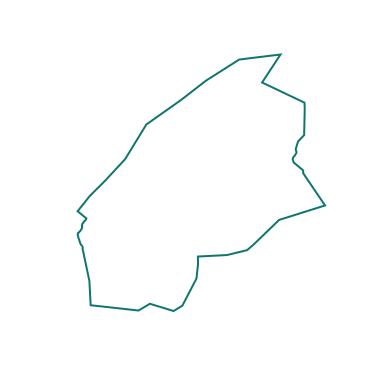 the district of Sharga, Govi-Altay, Mongolia, rotated 155°
{"feature_id": "93677404B51253080271810", "entity_name": "Sharga", "entity_type": "district", "adm_level": 2, "iso_a3": "MNG", "parent_name": "Mongolia", "parent_adm1": "Govi-Altay", "projection": "albers", "projection_center": [95.614, 46.486], "detail": "fine", "context": "isolated", "style": "outline", "palette": "teal", "viewbox_px": 384, "rotation_deg": 155, "n_neighbors": 0, "source": "geoboundaries", "source_scale": "gbopen_adm2", "svg_char_len": 1569}
<svg xmlns="http://www.w3.org/2000/svg" viewBox="0 0 384 384"><g transform="rotate(155 192 192)"><path d="M77.1,123.6L83.3,162.0L82.1,164.6L87.4,175.8L87.1,177.2L87.0,178.9L85.9,180.4L84.9,181.0L83.7,181.4L80.9,183.3L80.4,184.0L80.3,185.1L79.9,187.0L79.1,187.9L74.5,193.0L66.3,196.2L54.5,220.1L52.3,225.4L82.2,261.6L53.7,279.2L72.6,285.4L93.3,292.1L132.4,287.0L163.2,280.0L204.8,272.5L238.8,250.0L266.6,238.7L286.1,231.7L303.8,222.9L298.9,212.7L299.7,212.0L300.5,211.5L301.5,211.2L301.8,211.0L302.0,210.9L302.6,210.8L302.7,210.7L303.2,210.3L303.3,210.1L303.7,210.0L303.8,209.9L304.1,209.9L304.5,209.7L305.0,209.3L305.1,209.1L305.4,208.8L305.4,208.6L305.5,208.5L305.7,208.3L305.7,208.0L305.8,207.8L306.0,207.6L306.0,207.4L306.1,207.2L306.3,207.0L306.3,206.8L306.6,206.5L306.6,206.2L307.9,205.0L308.7,204.6L309.1,204.2L309.8,203.9L310.2,203.8L311.0,203.5L311.2,203.3L311.5,203.3L311.8,203.2L312.4,203.1L312.6,202.8L312.9,202.8L313.1,202.5L313.3,202.2L313.4,201.9L313.5,201.7L313.6,201.4L313.8,201.2L313.9,200.8L314.0,200.2L314.1,199.8L314.1,199.2L314.4,197.8L314.4,196.7L314.4,195.9L314.7,195.4L314.7,195.0L314.8,194.5L314.7,194.1L314.8,193.9L314.8,193.3L314.9,192.9L315.0,192.4L314.9,191.8L314.9,191.2L314.7,190.7L314.6,190.3L314.5,190.0L314.4,189.7L314.4,189.4L314.4,189.0L314.4,188.5L314.6,187.6L314.9,187.1L315.2,186.8L315.4,186.3L315.4,185.7L322.6,154.7L331.7,132.2L290.6,107.2L277.4,108.5L259.0,91.9L248.7,93.1L224.5,111.7L216.9,124.3L213.9,131.0L187.0,120.1L166.6,116.0L158.8,118.2L124.8,129.9L77.1,123.6Z" fill="none" stroke="#0f766e" stroke-width="2"/></g></svg>